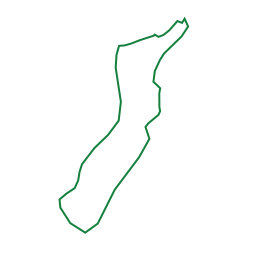 the Autonomous Monastic State of Ayion Oros, rotated 71°
{"feature_id": "GRC-2992", "entity_name": "Ayion Oros", "entity_type": "Autonomous Monastic State", "adm_level": 1, "iso_a3": "GRC", "parent_name": "Greece", "parent_adm1": "", "projection": "equal_earth", "projection_center": [24.14, 40.287], "detail": "fine", "context": "isolated", "style": "outline", "palette": "green", "viewbox_px": 256, "rotation_deg": 71, "n_neighbors": 0, "source": "natural_earth", "source_scale": "10m", "svg_char_len": 662}
<svg xmlns="http://www.w3.org/2000/svg" viewBox="0 0 256 256"><g transform="rotate(71 128 128)"><path d="M48.4,72.3L51.7,69.5L51.6,64.3L49.1,57.2L43.0,46.5L46.2,42.7L43.1,38.9L51.6,38.1L58.9,47.6L69.2,69.5L74.2,75.8L82.9,84.1L92.6,88.9L100.9,84.6L105.3,87.1L118.1,91.4L122.6,92.2L125.5,94.9L130.2,107.3L132.7,111.1L145.2,111.3L159.1,126.8L182.0,160.6L208.5,187.7L213.0,202.5L199.1,213.6L181.2,217.9L173.3,216.0L170.1,207.9L167.5,198.0L161.4,192.2L153.9,188.2L147.3,183.3L136.1,166.4L128.0,149.0L118.0,134.4L100.9,126.2L66.9,120.0L54.8,114.9L47.4,109.7L48.8,104.5L49.2,97.0L48.8,87.8L49.1,73.7L48.4,72.3Z" fill="none" stroke="#15803d" stroke-width="2"/></g></svg>